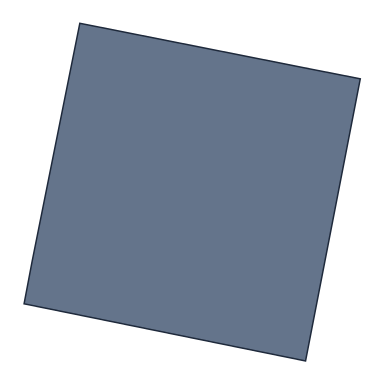 the district of Callahan, Texas, United States of America, rotated 101°
{"feature_id": "52423323B72764612751760", "entity_name": "Callahan", "entity_type": "district", "adm_level": 2, "iso_a3": "USA", "parent_name": "United States of America", "parent_adm1": "Texas", "projection": "mercator", "projection_center": [-99.443, 32.297], "detail": "fine", "context": "isolated", "style": "filled", "palette": "slate", "viewbox_px": 384, "rotation_deg": 101, "n_neighbors": 0, "source": "geoboundaries", "source_scale": "gbopen_adm2", "svg_char_len": 257}
<svg xmlns="http://www.w3.org/2000/svg" viewBox="0 0 384 384"><g transform="rotate(101 192 192)"><path d="M58.6,48.4L48.8,48.4L48.7,99.9L47.8,334.3L290.7,335.7L333.8,335.5L336.2,48.3L58.6,48.4Z" fill="#64748b" stroke="#1e293b" stroke-width="1.5"/></g></svg>